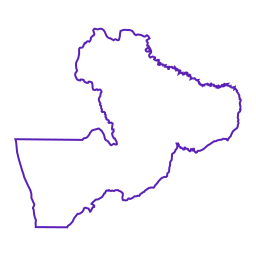 outline of Goianésia do Pará, Pará, Brazil
{"feature_id": "56859067B9668801221635", "entity_name": "Goianésia do Pará", "entity_type": "district", "adm_level": 2, "iso_a3": "BRA", "parent_name": "Brazil", "parent_adm1": "Pará", "projection": "robinson", "projection_center": [-48.924, -4.018], "detail": "fine", "context": "isolated", "style": "outline", "palette": "violet", "viewbox_px": 256, "rotation_deg": 0, "n_neighbors": 0, "source": "geoboundaries", "source_scale": "gbopen_adm2", "svg_char_len": 5755}
<svg xmlns="http://www.w3.org/2000/svg" viewBox="0 0 256 256"><path d="M15.4,139.2L16.1,141.8L17.1,152.1L18.7,158.8L22.4,171.3L23.2,173.2L24.2,177.2L28.0,185.6L30.3,190.0L31.4,194.0L31.4,197.9L34.2,204.2L34.1,205.5L33.0,207.7L33.0,208.5L33.7,209.8L34.1,214.2L34.9,217.5L35.9,220.1L35.6,222.9L35.8,227.1L67.3,227.3L67.6,226.4L68.2,225.6L70.2,224.3L72.5,221.7L74.2,218.1L77.2,214.3L77.9,213.8L79.3,213.8L80.0,213.5L82.2,212.0L83.4,210.2L84.1,208.2L85.2,207.7L88.6,208.6L90.1,211.7L90.6,211.4L92.7,207.3L94.1,207.0L94.3,206.0L93.8,205.2L91.5,203.8L92.0,203.1L95.9,199.5L97.8,199.5L101.9,197.1L103.3,195.4L104.1,193.5L105.0,193.2L106.1,190.8L106.7,190.5L107.5,190.5L108.0,190.8L108.9,190.1L109.9,190.8L111.0,191.0L112.1,190.5L113.9,191.1L115.4,190.2L118.0,190.1L119.0,190.9L120.8,191.5L122.8,193.3L122.8,195.3L122.3,197.6L122.8,199.9L125.4,200.4L127.2,200.1L128.2,198.6L129.0,198.4L129.8,198.9L130.5,198.9L132.8,197.8L133.7,196.8L134.6,196.3L136.3,196.3L137.8,195.7L139.3,195.9L140.4,194.0L142.2,193.0L142.7,192.4L144.4,191.7L144.7,190.9L149.1,187.8L150.1,187.9L151.0,187.5L153.7,187.7L155.3,185.2L157.5,182.9L158.6,181.2L160.7,178.9L161.9,177.9L164.7,176.8L166.1,177.0L167.1,176.1L167.3,173.5L169.1,171.7L169.3,167.9L170.1,165.1L170.1,162.5L170.3,161.8L171.7,159.8L172.1,154.2L172.6,153.6L174.0,152.8L175.1,151.3L175.8,149.5L176.8,148.6L177.3,147.2L177.3,145.3L176.6,143.5L178.0,143.4L178.8,144.6L178.5,145.6L178.9,146.2L180.5,147.0L180.3,147.6L180.9,148.0L182.3,148.3L183.3,149.5L183.9,149.6L184.5,149.3L184.6,147.6L185.1,147.6L185.5,148.2L186.4,148.8L187.4,148.7L188.0,149.0L188.3,150.1L189.9,151.3L190.5,151.1L191.0,149.1L191.7,149.1L192.7,150.2L193.2,148.8L193.9,148.8L194.1,150.4L194.6,151.4L196.0,152.7L197.0,152.2L197.3,151.4L198.0,150.8L200.0,150.8L203.2,149.3L207.8,145.3L209.4,144.5L214.2,141.2L215.8,141.3L217.1,140.5L219.0,139.9L221.8,139.7L222.9,138.8L226.4,139.0L227.0,139.9L227.7,140.2L228.8,138.2L230.9,135.9L231.5,134.0L233.1,131.1L237.1,127.9L237.8,126.5L237.8,125.1L238.4,123.6L238.5,122.6L237.9,121.3L238.5,120.0L237.8,117.9L237.7,117.3L238.1,115.9L237.9,115.2L238.2,113.2L239.4,111.8L239.9,111.6L240.3,110.3L240.1,109.7L240.5,109.4L240.2,108.9L240.4,108.1L240.4,105.9L240.1,105.5L239.8,103.4L240.0,102.1L240.6,101.0L240.6,99.5L239.8,99.3L240.0,98.7L239.3,97.2L239.3,95.5L238.0,93.0L236.8,91.6L237.1,90.7L235.3,88.6L234.3,89.2L234.7,87.0L233.8,87.5L233.3,87.2L232.7,87.7L231.5,87.5L230.7,86.7L230.6,85.9L229.6,86.4L228.6,85.6L228.0,85.3L227.3,85.6L226.2,84.8L227.2,84.0L225.7,84.2L225.3,84.6L224.4,83.9L223.3,84.7L223.2,85.4L224.4,85.1L224.7,85.7L223.8,86.3L222.7,86.3L222.5,85.0L221.9,85.0L221.5,85.6L221.7,86.3L220.2,87.1L219.9,86.4L219.0,85.9L219.2,87.4L218.2,87.9L217.0,87.6L218.0,86.8L217.7,86.2L216.8,86.0L214.4,86.3L213.9,86.0L214.3,85.4L213.8,84.7L211.6,84.5L211.1,83.7L210.6,84.3L211.0,85.7L210.3,86.0L209.3,84.5L208.8,84.3L208.2,84.9L207.8,84.2L207.3,83.8L206.7,84.4L206.0,84.2L203.8,84.8L204.0,85.4L203.0,85.3L202.6,86.0L202.1,85.6L202.0,84.8L201.1,84.5L200.5,84.8L199.2,83.7L199.0,83.1L199.6,83.0L199.3,82.3L198.9,81.6L197.5,80.6L198.0,80.0L196.4,80.2L194.6,78.2L194.0,78.6L192.2,78.3L190.6,79.1L191.0,77.4L190.6,76.5L189.4,76.3L190.1,75.0L189.5,74.6L188.8,74.7L188.4,74.9L188.2,75.7L187.5,75.6L187.6,74.9L186.9,74.4L186.9,73.5L187.4,73.0L187.0,72.6L185.6,72.5L184.9,72.8L184.5,73.4L184.8,73.9L183.8,74.5L183.1,74.6L182.7,72.8L181.9,73.3L180.7,72.5L178.7,73.8L179.3,71.5L180.3,70.8L179.9,70.3L178.5,70.7L177.8,70.5L177.9,69.6L176.8,68.9L175.9,70.2L175.4,69.4L175.4,67.8L174.8,67.1L174.6,67.9L173.4,68.3L172.6,68.0L172.6,67.2L171.9,66.8L170.3,67.1L169.3,66.8L168.8,69.0L168.3,69.0L168.0,68.1L168.4,67.0L165.1,66.7L165.6,65.1L163.1,65.5L162.7,64.3L161.4,64.3L159.3,65.0L158.5,64.7L158.0,64.4L158.1,63.8L160.0,62.8L158.3,61.8L158.9,60.5L158.7,59.8L157.4,59.9L156.5,60.5L155.4,60.3L154.1,59.4L154.3,58.7L155.0,58.3L155.1,57.5L152.8,56.5L150.3,57.5L149.3,56.5L149.1,55.2L149.4,54.4L150.7,53.1L151.2,51.7L151.1,50.8L150.0,48.5L149.6,49.1L149.4,51.5L146.6,51.5L145.9,50.9L145.6,49.9L145.9,49.3L147.8,47.9L148.7,48.3L149.0,47.4L148.5,45.8L147.2,45.6L147.8,42.7L146.7,41.3L146.6,40.4L149.5,38.4L148.4,36.4L146.9,35.2L145.1,36.5L144.3,36.6L140.9,34.9L137.5,34.5L136.1,35.1L135.6,35.0L134.3,33.9L133.0,31.8L131.6,30.6L129.8,30.1L123.9,29.8L120.6,30.9L119.9,34.4L120.0,35.5L119.0,39.7L118.4,40.2L117.4,40.2L115.9,39.3L115.3,39.2L113.5,40.2L110.3,38.3L109.2,38.2L107.5,37.2L106.4,35.6L104.7,31.7L103.5,30.0L101.8,28.9L100.3,28.7L97.5,29.4L94.6,28.7L93.9,29.2L93.2,30.3L94.4,34.0L93.8,35.4L92.9,35.6L90.9,37.7L90.8,39.3L90.2,40.7L89.4,41.7L87.9,41.2L86.5,41.8L86.1,42.7L85.4,43.1L84.6,43.1L84.3,44.3L83.7,44.8L83.5,45.9L82.4,47.5L79.9,47.8L79.1,49.0L79.1,54.2L78.2,58.5L76.5,61.8L76.0,63.7L76.2,67.9L77.0,70.5L76.8,71.3L75.5,73.0L75.1,74.4L75.3,75.7L76.9,79.2L78.4,80.2L80.3,80.4L80.6,79.5L82.0,79.5L83.5,79.9L84.5,81.7L86.3,82.8L88.1,82.8L88.6,81.7L89.2,81.6L91.2,82.0L91.7,82.3L92.4,83.9L92.6,87.9L93.2,89.6L95.1,90.1L96.5,89.3L97.1,89.4L97.7,90.1L99.2,89.6L100.2,89.6L101.1,90.5L101.6,91.8L100.7,93.2L100.2,96.5L99.4,97.4L98.8,99.2L99.0,100.8L100.4,103.6L100.0,104.3L100.1,105.1L101.1,105.9L101.2,108.1L102.0,109.5L101.6,111.1L102.1,111.5L102.2,112.0L103.9,111.8L105.1,112.7L104.9,114.2L105.8,115.1L105.4,116.8L106.3,117.7L106.3,119.1L106.8,119.6L107.6,119.7L108.6,120.4L109.0,121.2L108.5,122.5L109.1,123.0L111.3,122.6L112.6,123.5L112.0,128.3L112.2,129.5L113.5,129.4L113.7,131.3L112.2,133.1L112.1,133.9L112.7,136.2L114.0,138.4L114.9,138.5L115.3,139.5L116.5,141.5L116.9,144.1L116.1,144.6L113.7,143.8L111.4,145.2L110.6,144.9L107.6,140.9L106.3,140.4L105.1,139.3L103.9,134.6L101.8,131.0L98.8,128.5L92.3,130.3L90.0,132.8L89.3,134.6L87.1,137.3L85.6,138.0L83.7,138.3L82.5,139.9L15.4,139.2Z" fill="none" stroke="#5b21b6" stroke-width="2"/></svg>